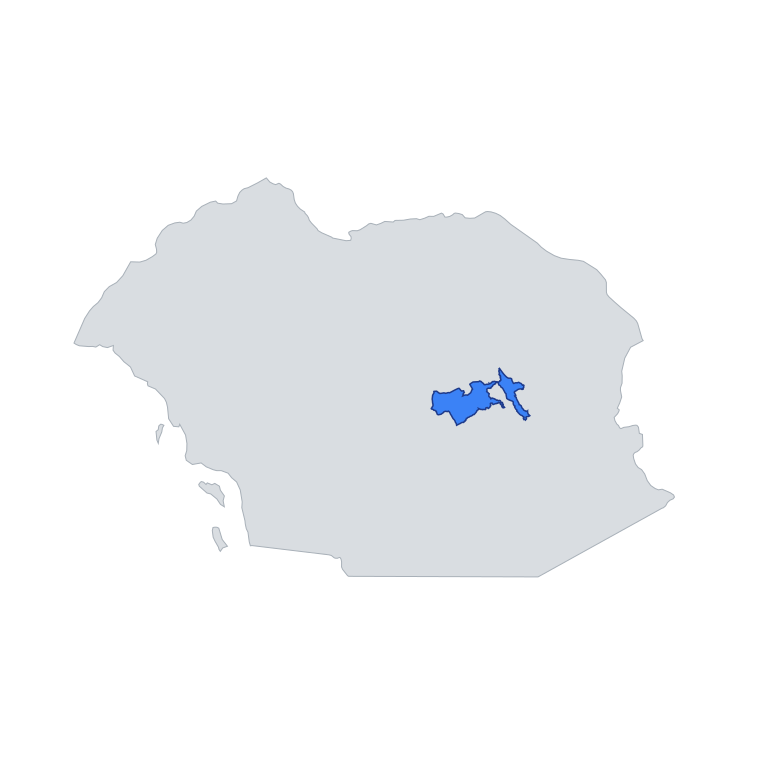 location of Uyui, Tabora, United Republic of Tanzania, rotated 151°
{"feature_id": "72390352B28683809474818", "entity_name": "Uyui", "entity_type": "district", "adm_level": 2, "iso_a3": "TZA", "parent_name": "United Republic of Tanzania", "parent_adm1": "Tabora", "projection": "mercator", "projection_center": [33.083, -4.94], "detail": "fine", "context": "in_parent", "style": "filled", "palette": "blue", "viewbox_px": 768, "rotation_deg": 151, "n_neighbors": 0, "source": "geoboundaries", "source_scale": "gbopen_adm2", "svg_char_len": 9668}
<svg xmlns="http://www.w3.org/2000/svg" viewBox="0 0 768 768"><g transform="rotate(151 384 384)"><path d="M295.0,521.7L287.6,517.8L280.9,515.5L275.4,512.8L273.0,510.3L267.9,509.3L263.4,508.9L259.3,506.5L250.9,505.6L249.9,504.0L249.8,500.5L248.3,499.6L245.3,498.7L242.0,498.7L239.9,499.2L238.7,498.9L236.0,496.9L233.4,494.2L232.5,490.0L228.6,487.3L224.2,485.2L211.8,485.4L209.9,484.7L206.9,482.6L203.5,479.1L200.7,475.1L198.3,469.6L195.8,462.3L181.6,432.9L180.1,427.4L177.4,421.3L172.8,413.7L168.0,408.1L161.5,403.1L154.1,398.0L150.1,394.6L142.5,380.8L141.0,374.4L139.8,367.7L140.3,365.0L145.0,356.4L145.5,354.0L144.9,350.8L142.6,343.9L139.6,335.6L133.6,320.5L132.7,316.7L132.8,313.8L136.4,298.5L136.3,296.3L150.5,296.6L160.9,289.9L169.9,279.9L171.7,275.7L175.4,269.3L179.0,266.1L180.3,263.8L182.4,257.4L187.1,253.1L191.7,249.7L190.8,247.4L191.5,246.5L194.0,244.8L198.9,243.2L199.8,239.9L199.8,236.1L199.0,234.0L199.2,231.5L198.4,230.1L195.2,229.8L190.5,227.9L186.5,227.1L183.8,226.0L182.8,225.2L182.4,222.9L184.6,217.0L182.4,214.6L187.3,204.9L188.2,203.7L190.0,203.6L192.9,202.5L195.5,202.1L197.6,202.4L199.2,202.0L200.6,200.9L201.8,197.6L202.8,192.1L202.2,187.7L200.2,184.2L199.6,178.9L200.6,171.8L199.9,165.9L197.6,161.2L195.3,158.4L191.7,157.1L186.2,149.9L184.5,146.5L184.8,144.3L186.7,143.4L190.3,143.7L193.6,142.9L196.7,140.9L199.7,140.3L201.3,140.6L342.8,140.6L508.1,232.9L508.8,234.0L510.1,241.9L509.8,244.6L507.2,249.2L506.5,251.6L506.5,253.3L507.1,253.9L509.3,254.2L511.1,255.3L511.8,256.1L513.2,259.6L515.0,261.3L577.8,306.7L579.3,307.3L578.4,311.2L574.8,320.4L574.6,324.2L573.2,328.8L571.9,331.8L568.3,344.8L565.2,349.6L561.1,361.0L560.4,369.8L562.7,375.9L563.6,381.6L568.4,387.2L572.3,389.3L574.9,391.8L579.6,397.7L582.2,403.6L590.6,406.5L593.9,413.1L592.7,417.6L588.8,421.4L585.2,427.5L582.3,435.5L582.2,447.8L584.2,446.0L588.6,449.0L589.2,458.0L584.6,468.6L583.2,473.5L583.0,477.7L586.3,490.4L591.3,496.8L590.9,498.8L589.6,500.5L598.2,511.9L597.5,521.8L600.7,529.6L602.1,536.3L604.2,541.4L604.6,544.9L602.0,548.9L608.2,549.9L611.9,553.1L613.6,556.2L618.1,556.0L620.6,558.1L624.1,559.9L631.9,565.1L634.0,567.7L635.3,570.1L613.9,586.5L606.1,590.7L600.6,592.7L594.7,593.8L589.1,596.3L583.8,600.4L577.0,602.4L568.7,602.4L560.0,605.3L546.3,613.7L538.4,609.0L532.1,607.6L524.9,607.7L520.5,608.3L519.0,609.3L517.6,612.2L516.4,616.9L511.7,621.4L503.5,625.8L495.8,627.4L488.9,626.3L484.2,624.5L481.7,622.0L478.1,620.8L473.3,621.0L468.7,622.8L464.3,626.2L457.3,627.7L447.7,627.2L442.5,625.6L441.8,622.8L437.6,619.5L429.9,615.6L424.2,615.6L420.6,619.2L417.3,621.5L414.3,622.4L411.6,622.6L407.7,621.6L397.0,621.2L387.0,621.3L386.0,616.1L383.9,612.8L382.1,610.9L378.6,610.5L377.6,609.0L376.5,605.7L374.8,602.9L372.5,600.6L371.1,598.4L370.7,596.5L371.0,594.3L373.1,588.9L373.8,585.2L373.5,581.4L372.4,577.5L370.0,572.9L370.3,571.6L369.5,568.5L369.4,566.3L369.9,563.5L369.4,559.9L367.3,552.2L367.3,550.2L365.2,546.5L358.5,537.7L358.2,536.6L347.7,527.7L343.5,525.8L342.0,527.4L341.4,529.0L341.9,531.8L341.6,533.2L341.2,533.8L338.7,533.8L337.1,533.4L333.1,531.0L330.1,530.5L322.4,530.9L319.7,531.4L317.6,530.9L313.5,526.8L308.7,526.0L304.5,525.8L297.4,521.2L295.0,521.7ZM591.7,374.5L595.1,384.2L594.7,386.0L592.2,387.1L591.0,387.2L589.4,385.6L588.4,382.4L586.5,383.2L583.4,379.3L580.2,379.1L577.5,374.4L578.6,370.4L577.9,363.5L581.3,359.9L583.2,354.0L585.4,358.0L585.9,364.4L588.8,371.8L591.7,374.5ZM608.3,317.0L608.5,319.3L607.9,321.5L608.0,328.3L607.7,332.8L605.2,339.1L603.1,341.4L601.2,340.7L599.6,339.7L598.4,338.0L600.9,326.4L599.6,318.0L604.5,318.8L608.3,317.0ZM601.3,456.5L598.9,457.1L598.0,456.5L596.5,454.6L599.1,453.0L601.6,449.8L607.4,445.2L610.2,441.5L609.8,445.1L606.4,453.0L603.6,453.5L601.3,456.5Z" fill="#d9dde1" stroke="#a8b0b8" stroke-width="1"/><path d="M271.6,290.6L271.8,290.5L272.1,291.1L273.1,291.2L273.3,291.9L274.0,292.6L274.5,293.5L274.4,294.2L274.5,294.7L274.9,296.1L274.6,298.6L275.3,300.0L275.8,300.4L275.5,301.1L275.4,302.1L275.3,306.9L274.8,308.3L275.4,309.0L275.5,310.2L274.9,310.1L274.6,310.1L274.3,310.1L274.2,310.3L274.2,313.0L274.1,313.5L273.6,314.0L273.3,314.1L273.1,313.9L272.4,314.1L271.7,314.0L270.8,314.1L270.0,314.3L268.9,314.2L267.8,313.9L266.5,313.3L266.1,312.5L265.8,312.3L265.0,312.0L264.6,312.2L264.6,312.5L264.8,312.9L263.7,313.1L263.4,313.3L262.6,314.8L262.3,315.0L262.6,315.6L263.4,315.7L263.5,315.8L263.5,316.7L263.6,316.9L263.9,318.1L264.8,319.1L265.3,320.1L265.7,320.3L266.9,320.4L268.1,321.2L268.9,321.4L270.2,321.5L270.5,321.8L270.4,325.1L270.0,326.2L269.9,326.7L270.1,327.1L270.7,327.8L272.4,328.8L273.4,330.5L274.0,332.5L274.3,333.8L274.4,334.1L274.7,335.8L275.5,341.7L275.8,341.6L275.7,341.5L276.1,341.3L276.1,340.8L276.3,340.4L276.4,340.1L276.6,340.0L276.6,339.9L277.1,339.9L277.5,339.1L277.4,338.9L277.4,338.5L277.6,338.4L277.6,338.2L277.6,337.7L278.2,337.2L278.3,336.9L278.6,336.8L278.7,336.7L278.5,336.3L278.7,335.9L278.5,335.3L278.7,335.2L278.6,334.8L278.4,334.8L278.5,334.6L278.4,334.5L278.6,334.3L278.6,333.8L278.8,333.7L278.7,333.6L278.8,333.4L279.1,333.3L279.3,332.4L279.5,332.3L279.5,331.6L279.7,331.3L279.8,330.8L280.4,330.6L281.1,330.7L281.4,330.2L281.7,330.3L282.8,330.1L283.6,330.8L284.0,330.9L284.2,331.2L285.6,332.2L286.2,332.8L286.4,332.9L286.6,332.8L287.0,332.9L287.6,333.4L288.2,333.5L288.7,333.2L289.1,333.2L289.6,332.9L289.9,333.0L290.5,333.0L290.8,332.8L291.4,333.0L291.6,333.4L291.7,333.0L291.8,333.0L292.2,333.2L293.0,333.2L293.4,333.3L293.7,333.7L294.3,334.0L295.7,334.3L296.7,334.9L296.8,336.3L297.5,337.8L297.8,339.0L298.0,339.3L298.5,339.5L298.7,340.2L300.2,340.2L305.2,342.6L308.9,342.3L309.1,342.1L309.0,337.0L309.2,336.4L309.8,336.4L311.6,334.9L312.5,334.3L316.4,333.7L317.0,334.3L318.1,334.9L319.4,335.3L320.1,335.3L320.8,335.4L320.5,335.6L320.2,336.2L319.8,336.4L319.6,336.9L319.0,337.4L318.8,337.5L318.2,337.5L317.8,337.8L317.9,338.1L317.7,339.5L319.5,340.2L319.9,341.1L319.9,341.4L320.0,341.7L320.3,343.5L320.5,343.9L321.7,344.2L324.9,344.4L330.8,344.5L331.9,345.3L332.5,345.5L333.5,345.6L334.1,345.9L334.5,345.9L334.8,346.1L335.1,346.5L335.9,347.2L338.5,348.1L338.8,348.3L339.6,348.5L339.9,348.8L340.0,349.1L340.3,349.4L340.3,349.7L340.7,350.3L340.9,351.0L341.2,351.4L341.2,351.7L341.5,352.2L343.3,353.1L344.0,353.3L344.5,352.1L346.9,350.6L349.2,347.4L349.7,346.0L350.7,343.8L350.9,342.6L351.2,342.3L351.4,341.6L352.4,340.7L352.9,340.6L353.3,340.3L353.5,340.0L354.4,339.8L354.6,339.5L354.6,339.2L354.4,338.9L353.7,338.2L353.2,337.6L353.1,336.8L352.6,336.5L352.3,336.3L352.1,336.1L351.9,335.2L351.4,334.8L351.4,334.6L351.7,334.3L351.9,333.8L351.8,333.3L352.1,331.9L351.9,331.3L351.3,330.7L348.8,329.9L347.1,330.1L346.5,330.1L346.2,330.2L345.7,330.3L345.4,330.5L345.0,330.6L344.3,330.5L343.8,330.5L343.3,330.2L342.4,329.5L341.6,329.0L341.0,329.1L340.8,329.0L340.3,327.8L340.4,327.3L340.3,326.4L340.5,325.2L340.3,323.7L340.4,322.1L340.3,321.5L340.4,320.4L339.9,318.6L339.8,317.5L340.1,315.7L339.9,314.3L340.0,313.9L340.3,313.4L340.5,312.7L337.2,312.6L336.8,312.5L334.9,312.6L334.2,312.5L333.0,311.8L332.5,311.9L332.0,312.4L331.6,312.4L331.3,312.3L331.0,312.5L330.8,312.3L330.1,312.6L330.2,312.9L329.8,313.1L329.6,313.3L328.8,313.5L328.6,313.9L328.1,313.7L327.1,314.1L326.8,314.1L326.1,313.8L325.6,313.8L324.9,314.0L323.1,313.7L321.8,313.7L321.1,314.0L320.3,313.9L320.2,313.7L319.9,313.6L317.2,314.6L316.1,315.2L315.7,315.7L313.3,315.9L313.2,316.8L311.6,314.7L310.5,314.2L310.2,313.7L309.3,313.5L307.7,312.5L307.3,312.9L307.1,312.8L306.4,313.7L305.1,313.4L304.9,313.0L304.8,312.1L304.7,312.0L303.5,312.2L302.7,312.4L302.3,312.6L302.0,313.2L301.2,313.2L300.7,314.0L300.8,314.4L300.7,315.0L300.4,315.4L300.1,315.5L298.7,314.9L298.6,313.2L298.4,313.1L297.4,313.0L296.3,312.8L296.0,312.8L295.5,312.5L295.1,312.6L294.9,312.5L295.0,312.5L294.9,312.3L294.5,312.2L294.1,312.1L293.6,312.3L293.1,312.1L292.8,311.8L292.4,311.8L291.9,311.6L291.7,310.4L292.0,309.9L291.8,309.3L291.5,308.8L291.4,308.1L291.4,307.8L291.8,307.4L291.8,306.1L291.4,305.4L290.6,305.1L289.9,305.1L290.3,307.1L290.3,307.7L290.2,307.9L289.6,308.3L289.6,308.5L289.9,308.8L289.4,310.4L289.7,310.6L289.9,310.6L290.1,310.7L290.5,310.7L290.3,312.5L290.4,313.0L290.5,313.1L290.6,313.4L290.8,313.6L292.1,313.8L292.4,314.8L292.6,314.9L293.0,314.9L293.4,315.2L293.9,316.6L294.5,317.0L294.7,317.7L295.6,318.5L295.8,319.0L296.5,319.2L296.9,319.1L297.0,319.2L297.0,319.4L297.8,319.3L297.7,320.8L298.2,321.8L298.3,322.2L298.1,322.7L297.6,323.6L297.0,324.1L296.7,324.6L297.0,324.9L297.2,325.5L297.2,326.1L297.9,327.5L297.4,327.8L297.2,328.1L297.1,328.5L296.8,329.3L296.3,329.7L295.7,329.9L294.8,329.8L294.7,329.6L294.1,329.4L293.4,328.8L292.3,328.7L292.2,329.1L290.4,329.4L290.1,329.5L289.9,329.9L289.4,330.0L289.2,330.2L288.3,330.3L287.6,330.2L287.4,330.1L287.3,330.3L287.1,330.4L286.3,330.3L286.2,330.5L285.6,330.8L284.7,330.8L283.9,330.3L283.6,329.5L284.0,327.5L283.2,326.3L283.1,325.7L283.2,324.8L283.1,324.3L282.6,323.6L282.3,322.8L282.3,318.9L282.4,317.7L282.0,316.4L282.7,314.6L283.6,311.9L283.6,311.7L282.7,309.9L282.3,309.7L281.9,308.9L280.2,307.0L279.7,305.9L279.7,305.5L280.4,304.4L280.7,303.5L280.7,302.6L280.5,301.6L280.5,301.4L280.2,301.1L280.7,300.8L280.9,300.6L280.9,298.1L280.4,296.8L280.5,296.5L281.0,296.1L281.0,295.9L280.6,294.7L280.6,293.9L280.2,292.9L280.1,291.9L279.2,290.1L278.5,289.4L278.2,288.3L277.6,287.3L277.7,286.9L278.2,286.6L278.7,286.6L278.8,286.4L278.8,285.8L278.6,285.5L278.6,285.2L279.6,285.1L278.9,285.1L278.2,284.7L277.7,284.1L277.7,283.9L276.3,284.4L276.1,284.7L276.1,285.7L275.9,286.1L275.4,286.3L274.4,286.0L273.6,285.6L273.3,285.7L272.9,285.6L272.5,285.5L271.8,285.6L272.0,286.3L272.4,287.4L272.4,288.4L272.2,289.4L271.6,290.6Z" fill="#3b82f6" stroke="#1e3a8a" stroke-width="1.5"/></g></svg>